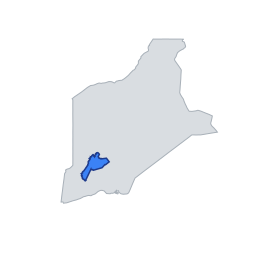 Kitui South, Eastern, Kenya shown in context, rotated 53°
{"feature_id": "3690345B12410627224170", "entity_name": "Kitui South", "entity_type": "district", "adm_level": 2, "iso_a3": "KEN", "parent_name": "Kenya", "parent_adm1": "Eastern", "projection": "equal_earth", "projection_center": [38.343, -2.253], "detail": "fine", "context": "in_parent", "style": "filled", "palette": "blue", "viewbox_px": 256, "rotation_deg": 53, "n_neighbors": 0, "source": "geoboundaries", "source_scale": "gbopen_adm2", "svg_char_len": 5643}
<svg xmlns="http://www.w3.org/2000/svg" viewBox="0 0 256 256"><g transform="rotate(53 128 128)"><path d="M71.0,155.0L70.9,151.7L71.3,143.4L71.2,136.0L71.6,132.3L72.9,130.0L73.5,128.3L74.0,126.0L74.7,124.0L76.3,122.5L76.6,121.6L78.2,119.0L79.3,115.6L80.0,114.5L81.0,113.4L81.7,112.9L82.8,112.3L83.6,112.0L83.8,111.7L83.9,111.2L83.6,109.1L84.0,108.4L84.5,107.0L85.2,105.7L85.8,104.9L86.2,104.0L86.3,102.6L86.4,101.5L86.4,99.8L86.2,96.0L85.5,92.7L85.0,89.1L85.3,87.9L84.8,85.8L84.5,85.7L84.0,85.2L83.5,83.2L83.0,81.4L82.7,80.9L80.8,79.4L79.9,75.6L78.8,74.8L78.2,71.0L78.1,70.0L78.7,66.2L78.7,65.4L78.0,64.6L76.2,63.8L74.8,62.3L75.0,61.7L75.1,61.2L74.3,60.8L72.1,54.4L75.0,50.6L77.9,46.7L81.6,41.8L85.0,37.3L88.0,33.4L90.6,30.0L90.5,30.6L90.5,31.5L90.9,32.0L91.4,32.4L92.2,32.0L92.8,31.5L93.5,31.4L97.4,32.8L98.1,34.1L98.0,35.4L98.2,36.4L97.9,37.4L97.5,40.4L97.6,43.1L98.8,45.1L99.9,46.7L100.7,49.0L101.3,49.6L102.2,50.0L104.9,50.1L108.9,50.2L112.8,50.4L113.1,50.4L113.9,50.7L117.5,53.8L120.8,56.5L123.5,58.9L126.2,61.3L128.8,63.5L130.8,65.4L132.8,66.0L136.0,66.3L138.3,66.4L140.3,67.1L143.4,67.9L145.7,68.3L147.1,68.7L150.9,69.1L151.6,68.9L153.3,66.8L155.2,63.4L155.9,61.5L158.3,59.7L162.7,57.1L165.7,55.2L169.1,53.4L170.6,55.0L172.7,57.5L173.7,58.8L174.4,59.4L175.6,59.7L177.0,59.8L177.8,59.7L179.3,59.4L183.0,59.1L185.1,59.1L183.3,62.5L181.2,66.5L177.3,74.0L174.4,78.0L172.1,80.9L171.9,81.5L172.0,84.8L172.0,92.9L172.0,109.1L172.1,125.4L172.1,141.6L172.2,149.7L172.2,152.5L174.1,155.9L176.0,159.2L178.6,163.6L179.9,166.0L180.2,166.8L180.1,168.4L178.0,171.7L176.3,173.2L174.0,173.9L173.3,173.7L172.4,173.3L172.0,174.1L171.8,175.3L171.3,175.0L170.9,174.7L171.1,176.9L171.4,178.0L171.0,179.4L169.9,180.7L169.8,181.8L167.4,184.6L163.9,184.9L162.1,186.3L161.3,187.5L160.7,190.0L160.9,193.8L160.0,196.8L159.8,198.3L158.0,200.2L157.3,202.0L156.7,203.8L156.2,204.6L155.6,208.6L154.7,211.1L154.5,211.9L154.3,212.6L153.7,214.0L153.3,215.0L153.0,215.7L150.9,221.9L149.2,224.8L148.0,224.4L147.1,225.5L147.0,226.0L146.6,225.8L145.5,224.7L143.3,222.6L141.1,220.5L138.9,218.3L136.7,216.2L134.5,214.1L132.4,212.0L130.2,209.8L128.0,207.7L126.7,206.5L126.1,205.7L125.7,204.3L125.4,203.9L124.9,203.4L124.2,203.3L124.0,203.0L124.0,202.3L124.2,201.3L125.0,199.4L125.1,198.2L125.0,196.9L124.7,194.8L124.5,194.4L123.0,193.3L120.0,191.0L116.9,188.7L113.9,186.4L110.8,184.1L107.8,181.8L104.7,179.5L101.7,177.2L98.6,174.9L95.6,172.6L92.6,170.3L89.5,168.0L86.5,165.8L83.4,163.5L80.4,161.2L77.3,158.9L74.3,156.6L73.1,155.7L72.1,155.0L71.0,155.0ZM172.4,177.3L171.9,177.4L172.1,176.3L173.7,174.9L174.3,175.2L174.5,175.6L174.4,175.9L174.2,176.1L172.4,177.3Z" fill="#d9dde1" stroke="#a8b0b8" stroke-width="1"/><path d="M143.7,163.4L139.2,163.4L139.1,163.7L138.9,163.8L136.7,167.7L136.6,167.8L136.4,167.7L136.3,167.9L136.2,168.0L136.1,168.3L135.9,168.4L135.9,168.5L135.7,168.6L135.4,168.6L135.2,168.7L135.2,168.8L135.1,169.0L134.9,169.2L134.8,169.3L134.7,169.3L134.5,169.2L133.0,169.1L132.7,168.5L132.7,168.4L132.6,168.2L132.1,167.4L132.0,167.2L131.9,167.0L131.8,166.7L130.9,166.7L130.7,166.8L130.3,166.7L129.8,166.9L129.6,166.9L129.3,167.2L129.2,167.3L129.1,167.6L129.0,167.9L128.9,168.1L129.0,168.2L129.1,168.3L129.1,168.5L129.2,168.4L129.2,168.5L129.2,168.8L129.3,168.8L129.3,169.0L129.5,169.0L129.7,169.4L129.5,169.5L129.6,169.8L129.6,170.0L129.7,170.3L129.8,170.3L129.7,170.3L129.8,170.5L129.9,170.8L129.9,171.0L130.0,171.0L130.2,171.3L130.3,171.3L130.2,171.5L130.3,171.5L130.5,171.6L130.4,171.7L130.5,171.8L130.7,172.0L130.4,172.0L130.2,172.2L129.9,172.1L129.7,172.1L129.4,172.2L129.2,172.2L128.9,171.9L129.0,171.8L128.7,171.8L128.4,171.8L128.2,171.9L128.2,172.2L128.2,172.3L128.3,172.4L128.4,172.5L128.3,172.8L128.4,173.1L128.3,173.3L128.5,173.9L128.6,174.0L128.7,174.4L128.7,174.6L128.8,174.6L128.8,174.8L128.7,174.9L128.8,174.9L128.9,175.2L128.9,175.3L129.0,175.5L129.0,176.0L129.0,176.3L128.9,176.5L128.9,176.8L129.0,176.9L129.0,177.0L129.1,177.4L129.3,177.3L129.4,177.2L129.7,177.1L129.9,177.0L130.0,177.3L130.3,177.5L130.4,177.8L130.4,178.0L130.5,178.3L130.5,178.5L130.6,179.1L130.7,179.3L130.7,179.2L130.8,179.3L130.8,179.5L131.0,179.5L131.1,180.0L131.2,180.3L131.4,180.4L131.5,180.4L131.8,180.5L132.0,180.7L132.3,180.8L132.4,181.0L132.6,181.1L132.8,181.9L132.9,182.0L133.0,182.1L133.2,182.3L133.3,182.3L133.5,182.4L133.6,182.8L133.7,183.5L133.8,183.6L133.9,183.8L134.0,183.9L134.0,184.1L134.1,184.3L134.1,184.5L134.2,184.8L134.3,184.8L134.4,185.0L134.4,185.5L134.5,185.6L134.6,185.8L134.8,186.4L134.8,186.5L135.0,187.0L135.1,187.3L135.2,187.7L135.2,187.8L135.4,188.2L135.4,188.4L135.5,188.7L135.6,188.8L135.7,189.1L135.7,189.4L135.7,189.5L135.6,189.8L135.7,190.0L135.7,190.3L135.7,190.6L135.8,190.7L135.8,190.9L135.9,191.0L136.0,191.1L136.0,191.3L136.2,191.5L136.4,192.1L136.4,192.3L136.5,192.2L136.5,192.3L136.6,192.5L136.8,192.8L137.0,193.0L137.3,193.0L137.6,193.2L137.9,193.2L138.1,193.5L138.2,193.4L138.3,193.4L138.2,193.6L138.3,193.6L138.5,193.7L138.8,193.7L138.9,193.9L138.9,194.0L139.0,194.0L139.3,194.1L139.5,194.2L139.9,194.2L140.0,194.3L140.4,194.4L140.6,194.3L140.8,194.4L141.0,194.5L141.0,194.8L141.3,194.8L141.4,194.6L141.5,194.6L141.9,194.6L142.3,194.2L142.5,194.3L142.8,194.2L143.0,194.1L143.5,194.2L143.8,194.0L144.1,194.0L144.1,193.9L144.4,194.0L144.5,193.9L144.5,194.0L144.8,194.3L138.5,182.2L138.8,182.3L139.0,182.3L139.4,182.2L139.5,182.1L139.6,181.9L139.8,181.8L139.8,181.7L140.0,181.6L140.1,181.4L140.1,181.2L140.3,181.2L140.5,181.1L140.8,181.1L140.9,180.8L141.0,180.8L143.9,173.2L144.1,172.6L144.0,172.0L143.3,168.5L143.4,168.4L143.5,168.3L143.6,168.2L143.8,168.1L143.7,163.4Z" fill="#3b82f6" stroke="#1e3a8a" stroke-width="1.5"/></g></svg>